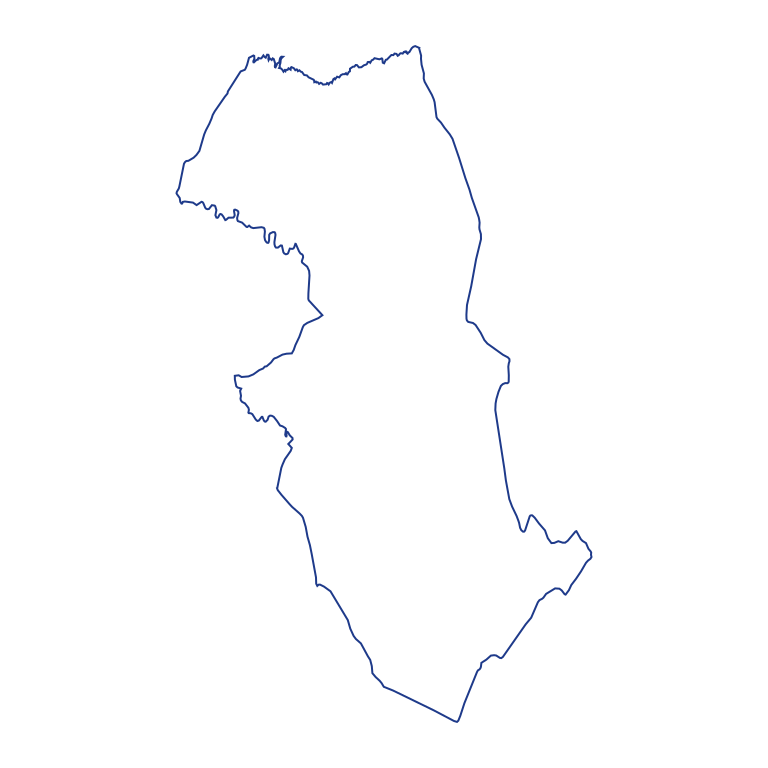 Bokungu, Équateur, Democratic Republic of the Congo
{"feature_id": "63176286B49430673132917", "entity_name": "Bokungu", "entity_type": "district", "adm_level": 2, "iso_a3": "COD", "parent_name": "Democratic Republic of the Congo", "parent_adm1": "Équateur", "projection": "equal_earth", "projection_center": [22.112, -0.898], "detail": "fine", "context": "isolated", "style": "outline", "palette": "blue", "viewbox_px": 768, "rotation_deg": 0, "n_neighbors": 0, "source": "geoboundaries", "source_scale": "gbopen_adm2", "svg_char_len": 5971}
<svg xmlns="http://www.w3.org/2000/svg" viewBox="0 0 768 768"><path d="M249.0,57.8L247.1,64.8L245.6,68.5L244.8,69.8L240.7,71.4L239.8,72.7L227.9,91.4L227.5,93.5L224.8,96.8L214.7,111.4L212.7,115.0L211.6,118.4L209.3,123.8L205.9,130.3L204.2,134.4L199.4,150.9L196.4,155.0L193.6,157.7L188.4,160.8L186.3,161.0L185.0,162.1L184.0,163.7L179.4,186.3L178.8,188.5L176.9,191.7L176.5,193.2L176.9,194.1L179.7,198.0L180.3,201.9L181.5,203.6L182.2,203.5L182.8,201.9L184.9,201.5L193.0,202.6L196.6,205.1L201.5,201.8L202.5,202.1L203.3,203.1L205.2,207.7L206.2,208.8L207.5,209.2L208.9,209.0L211.9,205.2L214.6,205.6L215.2,206.2L216.4,210.1L215.4,215.2L216.4,217.6L217.5,217.8L218.1,217.4L219.7,214.4L220.5,214.0L221.6,214.4L223.2,216.4L225.3,220.1L226.1,219.8L228.5,217.7L233.3,217.6L234.2,216.6L234.7,215.1L234.0,210.9L234.3,209.8L235.1,209.6L237.0,210.4L238.2,211.4L238.4,213.1L237.1,218.0L237.4,220.1L237.9,221.1L242.1,222.6L246.5,226.9L247.3,227.0L249.1,225.6L251.1,227.4L253.3,228.1L261.5,227.2L263.8,227.8L264.5,228.8L264.9,231.5L264.4,236.7L265.0,240.0L266.0,241.7L267.2,242.8L268.3,242.8L268.6,242.3L269.1,240.3L269.2,234.9L270.1,233.4L272.9,232.1L274.6,232.2L275.2,233.1L275.5,234.9L274.4,242.1L274.5,244.4L275.1,246.5L276.0,247.6L277.9,247.6L280.8,245.4L281.9,245.6L283.4,252.3L284.3,253.5L285.9,254.3L287.5,253.8L288.1,253.2L289.8,248.6L292.2,248.9L293.4,248.5L294.1,247.5L295.4,243.8L295.8,243.9L299.0,251.3L300.5,253.5L302.3,254.5L303.0,255.8L303.1,257.4L301.8,261.2L302.1,262.5L307.2,266.7L309.1,270.9L309.5,275.5L308.4,293.4L308.3,298.9L308.8,300.4L322.4,315.2L318.4,318.1L307.3,322.9L303.9,325.2L302.8,327.2L299.3,336.9L295.4,345.1L293.7,350.0L291.8,353.4L286.6,353.7L282.5,354.6L276.8,357.6L274.5,358.4L273.5,359.2L271.0,362.5L266.6,366.3L264.8,366.6L263.1,368.5L259.3,370.1L253.3,374.4L248.5,376.4L241.6,377.0L238.7,375.3L234.8,375.8L234.9,379.7L236.3,386.3L237.6,387.5L241.2,388.6L240.1,390.9L241.0,395.8L240.5,398.7L240.9,400.4L242.1,401.9L245.0,403.4L248.4,407.8L248.9,409.8L248.4,412.6L248.7,413.1L250.8,413.3L252.3,414.1L255.8,419.6L257.4,421.0L258.8,420.6L261.7,416.9L262.4,416.9L263.9,420.6L264.9,421.6L265.7,421.7L267.6,419.8L268.6,416.6L270.1,415.6L271.8,415.8L273.7,416.8L277.1,421.1L280.0,425.5L282.5,426.3L285.2,428.0L286.0,429.1L285.2,434.8L285.8,436.3L286.4,436.4L286.6,435.7L286.4,433.3L287.1,431.8L287.9,432.2L289.8,435.4L292.5,438.0L292.6,439.5L288.3,444.0L291.8,447.9L290.7,450.9L284.9,459.2L282.6,464.4L281.3,467.9L277.3,487.9L277.0,488.1L277.2,488.7L277.8,490.2L281.5,494.9L289.6,504.2L292.0,506.8L299.7,513.6L301.9,515.9L303.0,517.8L305.7,526.9L307.5,536.7L309.9,545.1L311.7,554.0L316.0,577.4L316.2,583.7L317.3,585.9L318.6,584.7L320.0,584.6L324.0,586.6L330.5,591.3L347.8,620.1L350.3,628.7L353.6,635.9L355.9,639.0L360.9,643.4L367.9,656.3L370.2,659.9L371.8,666.1L372.4,673.2L375.6,677.0L379.7,680.8L381.6,683.1L383.8,686.8L393.0,690.5L433.9,710.4L454.0,721.0L457.0,721.9L458.3,720.7L460.3,715.8L464.4,703.2L477.0,672.0L477.9,670.4L479.6,669.3L480.4,668.2L480.9,666.9L481.4,662.8L486.4,659.6L490.9,655.6L494.1,655.2L496.2,655.5L499.9,657.9L501.3,658.1L502.9,656.9L525.7,624.3L531.2,617.7L537.9,602.2L539.5,600.1L542.1,598.8L543.4,597.7L546.1,593.9L555.1,588.4L559.4,588.7L561.7,590.4L564.6,594.2L565.6,594.6L568.9,590.2L571.3,585.0L576.1,578.7L581.0,571.4L586.0,562.8L588.0,560.6L590.4,558.8L591.5,557.0L591.0,554.8L591.2,552.6L590.7,551.5L588.4,548.7L586.0,543.1L582.5,540.9L580.8,539.1L576.4,531.2L575.5,531.5L567.7,540.8L565.1,542.7L562.8,542.7L558.3,541.2L554.3,542.9L551.4,543.1L547.8,538.2L545.0,530.4L539.0,523.5L534.7,517.7L532.3,515.4L531.2,515.3L530.3,515.6L529.7,516.4L525.1,530.4L524.2,531.6L523.1,531.7L521.3,530.2L520.1,527.8L519.1,522.9L518.4,520.8L516.6,516.0L512.1,506.6L509.3,499.1L505.9,480.5L504.3,468.4L495.3,410.1L495.6,403.4L496.4,399.0L498.5,391.8L500.9,385.9L502.8,384.1L505.2,383.1L507.4,383.2L508.3,382.6L508.7,381.7L508.8,375.2L508.3,366.7L508.8,363.3L509.5,361.2L509.4,359.1L507.9,357.4L503.0,354.8L487.4,343.6L484.4,340.1L480.7,332.8L475.6,325.0L473.0,323.0L468.2,321.9L466.9,320.4L466.5,318.8L466.4,314.7L467.0,305.0L471.2,286.3L476.1,259.2L481.0,239.1L480.9,234.1L479.5,229.4L479.3,227.3L479.6,222.7L479.2,219.8L478.7,217.3L471.8,197.8L469.5,189.7L465.4,178.2L459.2,158.3L452.5,138.8L449.8,134.4L444.4,127.6L441.0,122.6L437.3,118.7L436.5,117.1L434.6,102.2L433.8,99.4L431.9,94.9L424.6,81.7L423.7,78.5L423.9,73.4L421.6,64.8L421.0,58.8L421.1,55.6L419.1,48.3L419.3,47.9L415.2,46.1L413.3,46.8L411.7,48.2L409.3,52.2L408.4,52.4L407.6,53.7L407.0,53.3L406.3,51.5L405.3,51.4L405.0,52.2L403.8,52.0L402.7,53.6L400.9,53.2L400.0,53.6L398.7,55.2L397.7,55.8L396.5,53.9L394.5,53.6L393.4,55.1L391.4,55.0L386.9,59.6L385.8,59.8L384.1,63.3L382.8,62.7L382.3,58.9L381.8,58.4L379.4,59.3L374.5,58.2L373.1,59.7L371.7,60.3L370.2,62.8L369.3,61.9L367.7,62.1L367.2,63.6L366.3,64.5L363.9,65.3L361.4,67.2L358.9,67.4L357.0,65.1L355.7,65.0L354.4,66.6L352.9,66.7L350.0,68.7L349.9,71.3L348.7,72.1L347.4,74.5L346.3,74.3L345.9,73.2L344.4,74.2L342.7,74.2L340.8,75.2L339.3,77.4L337.1,76.7L335.1,79.3L334.5,78.4L333.4,79.1L332.0,82.9L331.3,82.0L329.8,82.7L328.7,84.4L328.0,83.3L327.1,83.0L326.5,84.2L323.0,84.6L321.9,83.4L320.7,82.8L319.1,83.9L318.1,82.5L317.3,82.2L316.4,82.5L315.9,81.6L314.3,82.2L314.1,80.4L313.6,79.7L308.6,77.3L306.9,75.4L304.2,75.0L302.0,72.0L300.8,71.7L299.4,70.3L297.9,71.2L297.0,69.5L296.5,69.4L295.3,70.2L293.8,68.2L291.5,67.1L290.9,67.5L290.6,69.7L288.5,68.3L287.6,69.9L286.0,69.9L285.5,71.2L284.6,70.2L283.5,71.7L282.2,69.6L280.9,68.4L279.1,68.0L279.8,66.8L279.7,65.4L280.4,63.0L280.7,59.9L281.4,58.3L283.0,56.8L281.4,56.7L280.6,57.4L280.0,58.5L279.2,62.5L277.4,63.3L275.5,67.4L275.0,67.2L274.8,66.1L275.2,63.6L273.8,59.1L272.7,58.4L271.7,60.0L269.6,58.2L268.6,60.1L268.3,58.9L268.9,56.2L268.4,54.8L267.1,54.7L265.7,57.7L264.5,56.9L263.4,55.4L261.4,58.3L259.9,58.5L258.6,57.9L258.1,58.3L257.8,59.7L256.5,59.9L253.9,62.4L253.5,62.3L253.3,61.2L254.4,58.7L254.2,55.9L253.4,55.5L249.0,57.8Z" fill="none" stroke="#1e3a8a" stroke-width="2"/></svg>